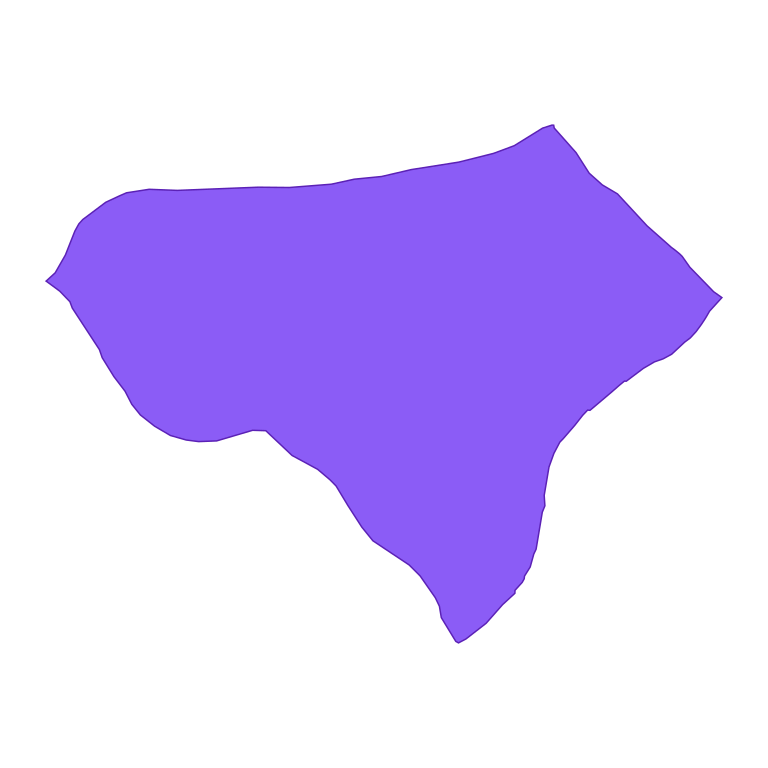 outline of San Sebastián Coatán, Huehuetenango, Guatemala
{"feature_id": "79465075B42561724893677", "entity_name": "San Sebastián Coatán", "entity_type": "district", "adm_level": 2, "iso_a3": "GTM", "parent_name": "Guatemala", "parent_adm1": "Huehuetenango", "projection": "robinson", "projection_center": [-91.574, 15.801], "detail": "fine", "context": "isolated", "style": "filled", "palette": "violet", "viewbox_px": 768, "rotation_deg": 0, "n_neighbors": 0, "source": "geoboundaries", "source_scale": "gbopen_adm2", "svg_char_len": 1381}
<svg xmlns="http://www.w3.org/2000/svg" viewBox="0 0 768 768"><path d="M46.1,281.1L59.8,291.2L69.9,301.7L72.3,308.1L99.4,349.6L102.2,357.7L113.9,376.6L125.1,391.3L131.8,404.3L140.4,415.0L154.6,426.2L170.4,435.5L186.2,440.0L198.6,441.6L216.7,440.9L252.6,430.3L265.8,430.7L292.1,455.5L317.6,469.3L330.0,479.8L336.1,486.0L348.0,505.7L361.8,527.1L372.9,540.8L409.2,565.0L420.1,575.9L435.3,597.7L439.4,606.2L441.3,617.6L455.8,641.4L458.5,642.9L465.9,639.0L486.1,623.3L502.6,604.6L514.9,593.3L515.0,590.3L522.2,582.4L524.2,578.8L524.5,576.1L530.2,567.0L533.8,554.0L536.1,549.2L542.3,512.2L544.9,505.8L544.2,495.4L549.0,467.0L553.9,453.4L559.8,442.2L563.1,438.8L574.9,425.2L582.5,415.5L587.6,410.1L590.0,410.3L594.9,406.2L612.6,391.2L619.1,385.5L624.4,381.1L626.3,381.2L643.3,368.4L654.4,361.9L663.2,358.8L671.7,354.2L684.6,342.2L690.3,337.9L696.1,331.6L701.4,324.4L704.7,319.4L706.6,316.3L709.6,311.1L721.9,297.6L713.6,291.7L689.9,267.3L682.2,256.4L680.0,254.2L675.3,250.3L671.4,247.4L647.1,225.9L617.5,193.9L602.3,184.9L589.2,173.2L576.1,152.7L554.2,128.0L553.7,125.2L552.0,125.1L542.6,128.1L514.2,145.7L493.5,153.4L458.8,162.1L411.2,169.6L381.6,176.5L354.2,179.2L331.3,184.2L289.4,187.5L258.1,187.2L177.3,190.4L149.1,189.3L126.5,192.8L119.4,195.9L105.7,202.3L82.8,219.5L78.9,223.8L74.9,231.0L65.4,255.0L55.2,272.8L46.1,281.1Z" fill="#8b5cf6" stroke="#5b21b6" stroke-width="1.5"/></svg>